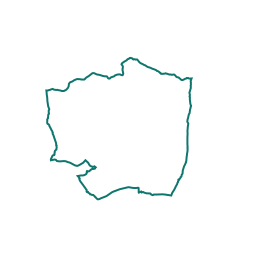 Sirineasa, Vâlcea, Romania (Mercator projection), rotated 142°
{"feature_id": "2599482B90279875081363", "entity_name": "Sirineasa", "entity_type": "district", "adm_level": 2, "iso_a3": "ROU", "parent_name": "Romania", "parent_adm1": "Vâlcea", "projection": "mercator", "projection_center": [24.167, 44.933], "detail": "fine", "context": "isolated", "style": "outline", "palette": "teal", "viewbox_px": 256, "rotation_deg": 142, "n_neighbors": 0, "source": "geoboundaries", "source_scale": "gbopen_adm2", "svg_char_len": 5781}
<svg xmlns="http://www.w3.org/2000/svg" viewBox="0 0 256 256"><g transform="rotate(142 128 128)"><path d="M121.7,192.8L122.4,193.1L127.2,193.1L129.4,193.4L130.6,193.4L131.5,193.2L132.2,193.1L132.8,193.2L133.3,193.7L133.6,193.8L134.3,194.5L135.0,195.0L135.8,196.1L136.8,196.8L137.4,197.5L137.7,197.7L138.8,198.2L139.7,198.4L140.5,198.7L141.4,198.8L143.1,198.9L144.4,199.3L144.9,199.5L145.2,199.6L145.8,199.6L146.3,199.5L147.4,199.1L149.1,197.4L150.4,196.7L151.5,196.4L152.0,196.3L153.6,196.2L154.0,196.2L154.6,196.5L155.7,196.6L157.3,197.8L158.2,199.2L159.5,200.6L160.1,201.5L160.9,202.0L161.5,202.5L162.9,204.1L163.3,205.2L163.4,205.3L164.2,205.5L164.9,205.8L166.1,206.1L166.4,206.3L166.9,206.5L168.0,206.9L168.7,207.3L169.2,207.8L170.2,206.2L171.5,204.3L172.8,201.9L175.1,198.6L175.5,197.8L176.1,196.8L177.3,194.7L177.8,193.4L178.4,191.4L178.8,191.0L179.7,190.6L180.8,189.2L181.2,188.3L181.4,188.0L181.7,187.8L182.1,187.9L182.5,187.7L182.7,187.4L183.6,186.6L184.0,186.0L184.7,185.5L184.9,185.0L186.2,184.6L186.4,184.5L186.6,184.2L187.3,183.2L188.3,182.1L188.6,181.6L188.8,181.0L188.8,180.8L188.7,180.6L188.3,179.8L188.3,178.8L188.4,178.5L188.7,178.0L188.9,177.3L188.9,176.2L189.2,175.5L189.3,175.2L189.3,174.4L189.6,173.5L189.6,172.8L189.7,172.3L189.7,171.9L190.2,171.1L190.2,170.5L190.8,170.0L191.0,169.6L191.1,169.1L191.1,168.5L191.2,168.3L193.9,160.6L194.2,160.0L194.4,159.7L194.8,159.0L195.1,158.8L195.0,158.4L195.0,158.2L195.4,157.9L195.9,157.1L196.1,156.7L196.9,155.9L197.5,155.5L197.7,155.1L197.9,155.1L198.1,155.2L198.4,155.1L199.4,155.0L200.0,154.7L200.3,154.5L200.7,153.9L201.4,153.5L201.8,152.8L202.1,152.7L202.3,152.3L202.7,152.1L203.0,152.1L203.4,152.5L204.4,152.7L207.6,151.1L208.2,150.6L208.6,150.0L205.3,148.4L204.4,147.3L204.4,145.9L203.2,144.5L201.6,143.2L199.0,141.5L197.5,140.1L196.5,138.3L195.2,136.6L194.2,134.4L192.7,131.0L191.2,129.3L189.3,128.8L184.7,128.2L181.4,128.8L180.8,125.3L181.2,122.0L180.6,120.4L180.0,119.5L179.4,119.0L178.5,118.5L178.0,118.4L177.9,117.8L177.7,116.9L178.2,116.9L178.8,116.4L179.0,116.4L180.3,116.9L180.9,117.3L181.0,117.4L181.0,117.7L181.4,117.8L181.8,117.9L182.7,117.9L182.9,118.0L184.8,117.8L185.2,117.8L186.0,118.3L186.8,119.3L187.2,119.1L187.3,119.0L186.9,118.8L186.9,118.6L187.1,118.5L188.3,117.9L188.5,117.9L189.3,117.4L191.6,117.8L192.9,118.5L194.4,119.6L197.2,121.1L197.2,120.5L197.1,120.1L197.0,119.5L197.1,118.0L197.3,117.8L197.7,117.9L197.9,117.4L198.1,116.8L198.4,115.4L198.5,110.4L198.6,109.1L198.6,107.4L198.8,105.4L198.7,104.8L199.2,103.9L199.7,103.5L199.7,103.3L199.7,103.1L199.3,102.7L199.6,102.6L199.0,101.4L198.8,100.5L198.5,99.9L198.5,99.6L198.7,99.1L198.1,98.5L197.6,97.5L197.2,97.1L196.9,96.9L196.7,96.7L196.3,94.9L196.4,94.1L196.2,93.7L196.1,91.9L195.9,90.9L195.7,90.4L195.1,90.0L194.2,89.6L192.6,89.3L187.0,87.6L180.1,87.2L178.8,86.9L172.1,84.8L164.9,81.5L163.6,80.7L162.4,79.2L160.4,77.2L158.6,75.7L157.4,75.1L156.6,74.4L156.7,74.0L158.3,71.8L158.9,71.1L159.1,70.9L159.2,70.4L156.7,69.8L156.9,68.8L155.5,68.3L155.1,67.3L153.9,65.4L151.5,63.3L150.9,62.9L150.7,62.0L150.7,61.4L150.4,61.1L150.3,60.6L150.2,60.3L150.1,60.1L149.4,59.7L148.7,59.7L146.2,57.8L141.9,54.7L140.1,53.1L135.5,48.2L133.0,49.7L130.1,50.7L127.4,51.9L126.6,52.4L123.9,53.5L122.5,54.5L121.9,54.6L121.5,55.1L120.5,55.4L120.3,55.6L120.3,56.0L120.2,56.1L119.7,55.8L119.4,55.8L119.2,55.9L119.3,56.2L118.6,56.1L118.3,56.2L117.7,56.3L116.8,56.9L116.5,56.9L116.1,56.8L115.5,57.1L114.6,58.0L114.1,58.2L113.5,58.3L113.0,58.6L111.0,60.8L107.5,63.2L105.4,64.2L104.2,64.9L103.5,65.1L103.4,65.3L103.1,65.5L103.0,65.8L102.7,65.9L102.3,66.2L99.7,69.0L98.4,70.2L97.6,71.1L95.6,72.9L94.3,74.3L93.4,75.7L93.2,75.7L91.2,78.6L87.3,83.6L84.4,87.0L83.1,88.9L80.1,92.2L77.9,94.2L77.7,94.6L77.6,95.0L77.5,96.1L77.2,96.7L76.5,97.3L76.1,97.8L75.5,98.2L74.8,98.7L73.8,99.5L73.0,100.2L72.1,100.9L71.6,101.3L70.5,101.7L70.2,101.9L68.1,104.0L67.8,104.3L66.7,105.0L65.8,105.9L64.9,106.4L64.7,106.7L64.5,107.0L64.4,107.5L64.3,107.9L63.9,108.8L61.9,112.0L61.5,112.7L60.2,114.2L60.2,114.7L60.0,115.1L59.5,115.3L58.6,116.3L58.2,117.5L57.9,117.9L56.8,118.8L56.2,119.1L55.8,119.5L54.2,120.6L53.6,121.2L53.4,121.6L53.0,122.0L52.6,122.5L52.5,122.8L52.1,123.1L51.9,123.4L51.6,123.6L51.0,124.4L50.8,124.8L50.5,125.0L50.2,125.5L50.0,125.9L49.8,126.3L49.2,126.8L48.9,126.9L47.4,127.9L49.1,129.0L49.5,129.5L49.8,130.3L50.4,130.6L50.7,131.1L50.8,131.2L51.8,131.2L52.6,131.6L53.5,131.7L55.3,132.1L55.8,132.5L56.3,133.0L56.4,133.3L56.6,134.7L56.9,135.8L57.0,136.6L58.0,137.8L58.4,138.6L58.4,139.7L58.5,140.8L58.6,141.3L58.9,141.9L59.2,142.1L60.2,142.6L60.7,142.9L61.3,143.8L61.7,144.0L62.4,144.6L62.7,145.0L63.5,146.3L64.7,147.8L64.8,148.0L65.3,148.1L65.7,148.3L68.0,149.8L68.5,150.3L68.7,150.6L68.8,151.1L68.5,151.5L68.8,152.1L69.2,153.9L69.5,154.4L70.1,155.3L70.1,155.9L70.2,156.2L71.2,158.1L72.2,159.5L73.4,161.9L75.0,164.1L75.3,165.1L75.8,166.6L76.7,168.2L77.1,169.3L77.9,170.8L78.3,171.7L78.6,173.6L78.5,174.8L78.6,175.5L78.6,176.2L78.6,176.3L79.4,177.0L79.9,177.2L80.5,178.2L81.0,178.5L81.6,178.7L81.8,179.2L81.7,180.1L81.8,180.3L82.3,180.8L82.6,181.5L83.1,181.7L83.5,182.1L83.9,182.1L84.6,182.0L85.1,182.1L86.0,182.5L86.6,182.3L87.7,182.2L90.1,182.6L91.0,182.6L92.0,182.7L93.2,182.6L93.8,182.2L94.0,182.0L93.9,181.1L93.9,180.6L94.1,180.0L94.4,179.3L95.3,178.4L96.2,177.7L96.4,177.2L96.9,176.6L97.1,176.0L97.7,175.0L98.0,174.1L98.3,173.8L99.1,173.2L99.5,173.0L99.8,173.0L100.4,173.5L100.7,173.9L101.1,174.8L101.4,175.2L101.8,175.6L103.4,176.6L105.6,177.4L107.2,177.3L110.0,178.3L110.7,178.4L111.8,178.2L112.1,178.3L112.4,178.5L112.9,179.1L113.0,179.5L113.0,179.9L112.9,180.8L112.9,181.4L113.0,181.8L113.3,182.1L114.9,183.4L116.2,185.1L117.6,187.2L118.3,188.0L118.8,188.6L119.4,189.1L120.0,190.2L120.9,192.0L121.7,192.8Z" fill="none" stroke="#0f766e" stroke-width="2"/></g></svg>